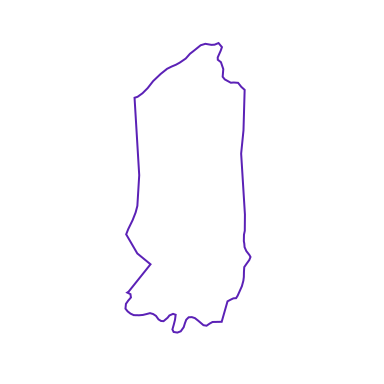 Serian, Sarawak, Malaysia (Equal Earth projection), rotated 38°
{"feature_id": "92858781B75054597710860", "entity_name": "Serian", "entity_type": "district", "adm_level": 2, "iso_a3": "MYS", "parent_name": "Malaysia", "parent_adm1": "Sarawak", "projection": "equal_earth", "projection_center": [110.645, 1.147], "detail": "fine", "context": "isolated", "style": "outline", "palette": "violet", "viewbox_px": 384, "rotation_deg": 38, "n_neighbors": 0, "source": "geoboundaries", "source_scale": "gbopen_adm2", "svg_char_len": 1394}
<svg xmlns="http://www.w3.org/2000/svg" viewBox="0 0 384 384"><g transform="rotate(38 192 192)"><path d="M88.7,153.1L140.1,211.3L157.5,236.6L160.2,242.9L162.5,250.6L164.6,260.5L166.2,265.9L186.7,274.1L203.8,274.5L203.4,309.5L202.9,311.1L206.4,310.4L208.8,312.7L208.6,316.8L208.8,320.8L211.4,324.9L214.8,325.7L218.4,325.7L221.9,324.9L226.2,321.7L229.0,319.1L231.3,316.2L233.5,313.3L236.5,312.1L239.9,311.8L244.0,313.0L247.0,312.7L249.1,311.3L250.2,306.1L250.2,303.2L252.1,299.7L254.7,298.8L257.3,303.2L259.2,307.5L261.2,312.4L263.7,313.6L267.0,311.8L268.9,308.7L268.7,303.7L267.2,299.7L266.1,296.2L266.5,292.8L268.9,290.7L271.9,289.6L276.2,289.6L283.0,289.9L285.8,288.4L286.9,284.9L288.2,281.8L295.3,276.0L287.3,256.3L288.8,252.9L290.1,250.3L292.1,248.5L291.8,245.6L290.6,240.7L289.3,235.5L287.1,230.3L285.2,227.1L282.0,222.8L279.4,219.0L279.2,215.3L279.0,210.3L278.1,207.2L276.0,206.3L271.2,205.1L267.4,203.1L265.0,200.5L263.1,198.8L259.2,193.6L257.5,190.1L247.6,177.2L207.1,131.5L194.6,111.7L170.6,79.1L166.1,78.8L161.1,77.6L157.5,80.0L155.3,82.0L148.5,83.1L145.2,82.3L141.0,75.9L134.9,71.9L130.9,71.9L129.4,70.1L127.6,62.9L126.4,59.4L121.2,58.3L119.1,62.0L116.7,64.1L111.3,67.0L108.5,71.0L106.2,80.8L105.3,84.3L104.9,90.7L102.7,97.6L101.0,101.6L98.7,105.7L96.5,110.3L94.6,118.4L93.1,128.5L93.1,137.5L92.2,144.7L90.5,150.5L88.7,153.1Z" fill="none" stroke="#5b21b6" stroke-width="2"/></g></svg>